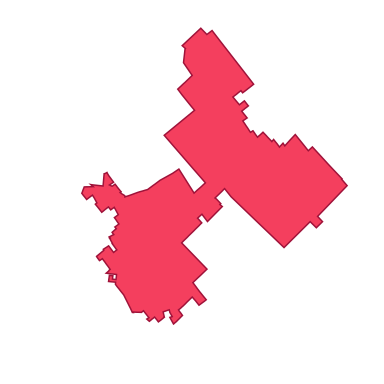 the district of Escárcega, Campeche, Mexico, rotated 316°
{"feature_id": "50627088B69816273127262", "entity_name": "Escárcega", "entity_type": "district", "adm_level": 2, "iso_a3": "MEX", "parent_name": "Mexico", "parent_adm1": "Campeche", "projection": "orthographic", "projection_center": [-90.697, 18.582], "detail": "fine", "context": "isolated", "style": "filled", "palette": "rose", "viewbox_px": 384, "rotation_deg": 316, "n_neighbors": 0, "source": "geoboundaries", "source_scale": "gbopen_adm2", "svg_char_len": 5659}
<svg xmlns="http://www.w3.org/2000/svg" viewBox="0 0 384 384"><g transform="rotate(316 192 192)"><path d="M71.2,252.0L71.5,255.4L73.6,255.6L74.6,255.6L75.9,255.8L78.2,256.0L77.9,259.6L77.6,262.1L80.8,262.5L81.8,262.6L84.5,262.8L84.8,262.5L85.2,262.8L86.3,260.9L87.5,258.9L88.0,258.2L89.1,258.7L91.5,259.8L93.8,260.9L92.4,263.3L91.9,265.3L91.2,267.9L89.0,266.8L88.0,270.4L87.0,274.1L87.9,274.2L88.6,274.2L89.8,274.3L91.0,274.4L92.2,274.3L94.9,274.3L95.0,274.3L97.1,274.2L99.4,274.2L99.8,271.6L99.9,270.8L100.0,269.8L100.0,269.6L100.2,268.3L100.3,268.0L100.4,267.4L102.8,267.7L104.8,267.7L106.4,267.8L108.3,267.8L109.6,267.8L111.9,267.7L113.9,267.7L115.3,267.7L116.6,267.7L119.2,267.7L119.0,271.4L119.0,272.5L118.9,273.4L118.6,276.3L118.4,278.3L120.6,278.6L122.9,278.9L125.0,279.2L127.4,279.4L127.8,274.3L128.1,271.0L128.3,268.4L128.4,268.0L128.6,266.2L128.7,265.3L129.0,263.3L129.0,263.2L129.3,260.8L129.7,257.8L132.0,257.8L132.9,257.8L133.6,257.8L134.3,257.8L135.2,257.8L136.6,257.8L140.4,257.9L142.3,257.9L144.1,257.9L145.6,257.9L149.2,257.9L149.2,248.4L149.2,235.9L149.2,226.2L149.2,221.4L151.6,221.3L154.0,221.3L157.1,221.3L159.3,221.2L161.3,221.2L163.2,221.2L166.1,221.2L168.8,221.1L170.8,221.1L173.2,221.1L175.6,221.0L177.6,221.0L177.8,216.5L177.8,215.3L177.8,214.9L177.8,214.7L181.2,214.8L183.7,214.9L182.6,224.0L203.7,223.5L203.3,220.4L204.6,220.4L204.7,214.3L204.7,214.2L204.4,212.3L205.6,212.3L209.3,212.3L211.6,212.3L213.8,212.3L214.1,212.3L216.5,212.2L217.8,212.2L216.8,222.6L218.2,259.8L218.8,274.7L219.6,295.9L256.4,295.4L256.6,304.1L265.3,304.0L265.4,296.8L308.0,295.2L308.5,286.8L309.1,286.8L309.2,272.7L309.3,266.1L309.9,243.2L304.3,243.1L305.0,236.0L306.2,222.4L299.4,222.7L290.8,223.3L291.4,220.1L286.1,220.4L286.3,219.5L286.4,218.6L286.6,217.1L286.7,216.4L286.9,213.8L287.2,210.9L286.5,211.0L285.7,211.0L285.0,211.1L284.5,211.2L284.5,210.0L284.5,208.8L284.5,208.0L284.5,207.6L284.5,206.4L284.5,205.8L284.5,204.7L284.6,203.0L284.6,201.0L284.6,198.8L284.6,198.3L279.9,198.2L279.0,198.1L278.1,198.1L277.2,198.1L277.6,195.2L277.8,193.8L277.9,193.4L278.4,190.3L278.2,190.2L277.5,190.1L277.3,190.1L276.4,189.9L275.5,189.7L276.0,186.9L276.5,184.5L276.8,182.5L277.0,181.3L277.2,180.5L277.7,177.4L278.0,176.3L278.0,176.2L279.0,176.3L279.5,176.4L280.6,176.6L281.8,176.8L282.3,176.8L283.1,177.0L283.1,176.9L283.2,175.8L283.9,168.4L284.4,168.4L284.9,168.5L285.4,168.5L285.8,168.6L286.3,168.6L286.8,168.7L287.6,168.7L288.6,168.8L290.1,169.0L292.4,169.2L292.4,168.7L292.5,167.7L292.9,164.0L293.0,162.8L286.7,162.2L287.0,157.4L287.4,152.1L289.5,152.3L291.9,152.6L293.8,152.7L295.8,152.9L297.6,153.1L297.3,155.8L300.3,156.2L303.3,156.5L304.5,156.6L305.1,156.7L311.2,157.3L312.7,143.7L317.2,102.0L318.6,89.8L312.1,89.0L312.1,80.3L286.6,79.9L286.9,84.3L286.2,84.4L275.7,93.1L273.1,108.3L270.4,108.3L267.6,108.3L266.2,108.3L265.1,108.3L262.6,108.3L261.5,108.2L253.2,108.1L252.3,115.1L251.2,127.3L251.0,129.6L250.6,135.0L211.4,131.9L208.9,177.9L208.7,181.9L208.5,186.0L208.2,191.6L208.0,194.7L207.4,194.7L205.1,194.6L203.0,194.6L200.5,194.5L198.5,194.4L197.1,194.3L195.2,194.3L192.7,194.2L193.7,189.5L194.3,186.5L194.9,183.7L198.5,166.4L191.0,165.1L177.2,161.4L170.7,160.6L168.9,160.3L161.8,159.4L160.8,158.9L159.8,158.3L157.4,157.1L156.5,156.6L155.1,155.8L152.9,154.7L152.7,154.6L149.1,153.0L146.8,152.0L143.5,150.5L142.2,149.8L141.0,149.2L140.9,149.2L140.3,148.9L140.9,148.3L141.0,148.2L141.0,147.5L140.8,146.7L140.3,144.8L140.1,143.6L140.0,143.2L139.9,142.5L140.8,142.7L141.2,142.6L141.2,141.3L141.3,140.6L141.3,140.4L141.3,140.1L141.4,139.9L141.4,139.1L141.4,138.9L141.5,138.6L141.5,138.4L141.5,137.8L141.6,137.6L141.6,137.4L141.6,137.2L141.6,136.9L141.9,135.0L142.1,132.9L138.9,132.5L138.5,132.1L138.3,131.8L138.2,131.6L137.5,129.6L138.6,129.8L142.4,130.5L142.8,127.3L143.1,125.3L143.4,122.9L143.6,121.8L144.1,119.7L144.4,118.9L143.2,118.6L142.2,118.3L141.5,117.8L132.2,125.9L125.2,117.5L124.4,116.4L124.6,119.5L123.1,118.1L121.6,116.8L119.5,114.8L118.0,113.5L117.8,113.6L115.8,114.5L114.7,115.0L113.6,115.6L111.8,116.4L111.7,117.6L111.5,118.8L111.3,121.5L111.0,124.2L113.7,124.5L115.2,124.7L116.2,124.8L118.2,125.1L117.6,128.2L116.0,133.8L114.0,133.6L113.8,136.0L113.7,137.2L113.4,140.2L113.0,143.9L114.9,144.1L116.8,144.2L118.7,144.4L121.5,144.7L121.1,148.4L125.4,149.0L125.2,149.7L125.1,150.2L125.0,150.4L125.0,150.7L124.8,151.4L124.0,154.2L123.2,157.1L120.6,156.8L118.4,156.5L118.0,159.3L117.6,161.4L117.2,164.2L115.0,164.0L112.2,163.6L112.2,164.2L112.1,164.9L112.0,165.8L111.1,165.7L106.5,165.5L106.3,166.7L106.2,167.8L106.1,168.3L105.1,167.9L103.3,167.4L102.3,167.1L101.1,166.7L100.9,167.3L100.7,167.9L101.3,168.0L101.2,168.4L100.6,168.2L100.6,168.4L99.9,170.6L99.1,173.6L98.7,173.6L98.6,174.8L98.5,175.3L98.1,178.3L97.8,180.1L97.7,181.4L93.6,181.0L94.0,177.8L94.6,173.0L94.6,172.8L92.2,172.4L90.9,172.1L88.4,171.6L88.0,172.7L87.4,172.7L86.6,172.6L85.8,172.5L85.0,172.5L84.4,172.4L83.8,172.4L82.6,172.3L81.4,172.2L78.6,172.0L78.5,172.3L78.1,174.6L78.1,174.8L78.0,175.8L77.9,176.0L77.9,176.3L77.8,177.1L78.5,177.3L79.5,177.4L80.3,177.6L81.2,177.7L80.9,179.8L80.6,182.4L80.4,183.3L80.3,184.1L80.2,184.8L79.9,187.4L79.7,188.6L79.5,190.0L79.4,190.8L77.8,190.7L77.4,191.0L73.9,190.8L74.8,192.0L76.0,193.5L80.4,198.9L79.2,200.0L76.5,202.2L74.3,199.4L76.9,197.3L74.6,194.6L73.4,195.6L72.1,196.6L71.4,197.1L70.4,198.0L69.8,198.4L71.2,200.1L73.1,202.3L74.4,203.8L72.8,205.2L72.4,208.1L72.2,210.5L71.8,214.3L71.4,218.6L68.8,226.9L67.4,231.3L67.0,232.7L66.7,233.5L66.5,234.1L65.4,237.2L66.2,238.1L66.5,237.7L69.0,240.4L69.8,241.2L71.1,242.5L72.0,243.5L74.6,243.7L74.1,248.4L73.7,252.5L71.2,252.0Z" fill="#f43f5e" stroke="#9f1239" stroke-width="1.5"/></g></svg>